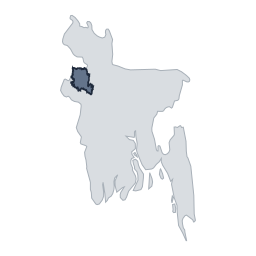 location of Naogaon, Rajshahi, Bangladesh
{"feature_id": "16705992B34203284467157", "entity_name": "Naogaon", "entity_type": "district", "adm_level": 2, "iso_a3": "BGD", "parent_name": "Bangladesh", "parent_adm1": "Rajshahi", "projection": "equal_earth", "projection_center": [88.84, 24.873], "detail": "fine", "context": "in_parent", "style": "filled", "palette": "slate", "viewbox_px": 256, "rotation_deg": 0, "n_neighbors": 0, "source": "geoboundaries", "source_scale": "gbopen_adm2", "svg_char_len": 7973}
<svg xmlns="http://www.w3.org/2000/svg" viewBox="0 0 256 256"><path d="M90.4,189.4L90.4,182.3L86.6,168.3L86.8,166.8L86.0,160.0L85.0,156.3L84.6,152.3L86.8,146.6L85.9,145.7L80.9,143.9L80.3,142.5L81.4,136.9L77.7,131.5L76.3,127.6L80.2,114.8L81.2,105.9L80.9,104.2L78.5,102.2L74.3,101.4L71.4,99.8L69.7,97.3L68.2,96.2L66.4,97.0L64.1,96.0L62.2,93.5L60.6,90.5L61.2,87.2L64.3,79.4L65.4,79.1L68.0,80.6L69.0,80.6L70.7,77.5L73.2,68.8L81.6,69.5L83.6,69.2L85.7,68.5L86.8,67.4L87.5,66.0L87.3,64.8L84.7,63.1L83.7,61.9L83.0,58.4L82.2,57.1L77.1,56.9L74.5,55.3L73.1,53.8L70.5,49.0L67.3,45.5L64.3,44.7L63.1,43.5L62.5,41.7L62.8,39.1L64.4,34.0L72.7,23.1L73.0,21.9L72.6,20.5L70.2,18.8L70.0,17.9L70.7,15.6L72.1,15.4L75.0,17.4L77.9,20.8L79.7,23.8L79.7,26.1L82.0,26.6L83.9,27.7L85.9,27.3L87.2,27.9L88.0,27.7L88.3,26.4L86.7,22.9L87.5,21.5L89.4,21.6L90.8,22.9L91.8,25.5L92.0,29.6L94.2,33.3L97.2,35.9L99.5,37.1L102.3,38.0L104.7,37.2L105.9,34.6L105.4,32.3L105.7,30.2L106.7,29.1L108.2,29.1L109.3,30.8L112.6,39.6L111.9,43.6L112.7,54.4L111.9,61.5L112.4,64.2L113.0,64.7L117.9,66.0L125.1,68.9L130.5,69.9L155.2,69.2L160.6,70.6L177.1,69.5L181.6,71.8L186.5,75.5L189.3,78.2L189.8,79.8L189.5,81.2L188.6,81.9L186.9,81.9L183.0,80.1L182.4,80.7L182.4,84.9L179.3,95.7L178.9,99.0L177.8,100.3L174.5,101.0L172.4,107.3L171.5,108.1L169.4,106.7L168.1,106.9L166.4,107.5L164.7,109.0L163.6,110.8L162.3,111.4L157.6,111.3L156.8,114.2L153.8,118.0L151.8,128.1L151.9,131.2L154.5,139.3L156.4,149.8L157.1,150.9L158.0,151.0L158.0,146.2L158.8,145.6L159.9,146.1L162.1,152.6L163.4,154.2L165.3,154.7L167.5,153.7L169.1,151.8L169.8,149.8L169.1,142.7L170.2,139.8L173.9,135.5L174.4,134.2L174.1,127.1L175.5,126.9L177.4,127.5L179.8,125.8L180.6,125.7L181.6,127.5L183.3,127.2L186.0,141.3L186.3,151.2L187.0,156.7L187.9,157.9L190.8,166.2L193.8,195.4L194.2,214.0L195.4,220.3L194.5,221.7L193.6,222.0L192.7,219.8L186.5,215.1L185.1,215.6L183.0,218.3L182.2,220.8L182.6,224.4L183.3,227.9L184.7,230.0L184.9,232.2L186.6,240.6L186.1,240.6L182.7,233.0L178.6,225.5L177.2,212.1L177.0,205.4L174.2,197.7L171.5,184.1L172.6,179.3L170.7,181.4L167.6,173.3L162.7,165.3L161.3,161.8L161.3,158.4L159.2,161.8L156.4,164.3L153.6,167.9L151.7,169.0L145.7,169.7L142.2,164.8L137.2,152.9L136.5,150.2L137.2,143.2L135.9,136.6L135.6,130.8L134.7,131.3L134.4,132.9L134.6,135.4L134.2,137.4L125.9,136.1L129.4,139.6L133.3,140.4L135.3,143.5L135.4,148.7L131.7,151.8L132.0,154.4L134.2,157.6L131.6,158.5L130.8,160.6L130.8,163.6L132.7,168.2L132.4,170.0L135.5,176.0L136.1,178.9L135.4,182.9L128.6,191.2L126.6,197.0L125.0,199.8L122.9,200.3L120.3,197.5L120.2,194.6L120.8,192.4L124.3,186.9L122.4,187.7L116.8,192.2L115.8,188.5L115.1,185.1L115.0,181.0L117.7,174.8L114.7,177.9L113.9,181.7L114.2,186.3L113.9,189.5L112.7,193.7L111.1,196.2L108.5,197.9L107.3,200.4L105.6,202.2L104.9,193.7L103.1,182.3L102.6,184.7L103.6,191.8L103.6,196.4L102.2,200.1L99.3,204.0L97.1,204.6L95.8,204.0L91.7,198.1L91.3,192.5L90.4,189.4ZM140.9,189.6L135.8,190.9L133.2,190.5L138.0,180.2L137.9,175.6L137.1,171.9L134.6,168.9L134.5,166.7L133.4,163.8L132.8,160.3L135.5,159.2L137.7,161.2L138.5,165.1L139.6,168.0L143.5,174.1L143.4,177.8L142.4,186.8L140.9,189.6ZM151.8,186.2L148.7,188.9L149.7,172.7L152.0,178.7L152.6,182.0L151.8,186.2ZM163.6,178.1L162.3,179.2L161.0,178.2L159.4,174.4L160.1,169.6L160.6,168.9L162.6,173.8L163.6,178.1ZM175.4,212.4L173.6,212.6L172.7,211.4L173.1,209.8L172.6,204.5L174.8,204.0L175.7,208.4L175.4,212.4ZM173.3,197.6L172.0,202.9L171.5,200.5L172.3,195.9L173.3,197.6ZM136.8,155.4L137.3,157.0L134.5,154.9L133.7,153.3L135.0,152.5L136.8,155.4Z" fill="#d9dde1" stroke="#a8b0b8" stroke-width="1"/><path d="M88.6,81.5L88.7,81.2L88.6,80.8L88.9,80.5L89.1,80.0L88.9,79.6L89.0,78.7L88.9,77.9L89.0,77.7L89.0,77.2L88.9,77.1L89.0,76.9L89.2,76.7L89.3,76.5L89.1,76.4L89.2,75.9L89.2,75.7L89.3,75.7L89.3,75.4L89.2,75.2L89.4,75.0L89.2,74.8L89.2,74.6L89.4,74.2L88.9,74.1L88.8,74.3L88.5,74.2L88.4,73.9L88.2,74.0L87.5,73.9L87.6,74.2L87.5,74.6L87.6,74.9L87.4,74.8L87.4,74.6L87.2,74.4L87.3,74.1L87.3,73.8L87.1,73.8L86.9,73.3L87.2,72.3L87.2,71.6L86.6,70.9L86.8,70.6L86.6,70.4L86.7,70.2L86.7,69.9L86.7,69.7L86.3,69.5L86.3,69.1L86.2,69.1L85.7,68.9L85.7,69.1L85.3,69.1L85.2,68.7L85.3,68.5L85.2,68.6L84.9,68.7L85.0,68.3L84.6,68.3L84.5,67.9L84.4,67.8L84.2,67.9L84.2,68.1L83.9,68.6L83.6,68.7L83.5,69.3L83.3,69.3L82.3,69.1L82.3,68.7L82.2,68.7L82.1,69.0L81.9,68.8L81.6,69.2L81.4,68.8L81.2,68.9L81.2,68.3L80.9,68.3L80.9,68.2L80.7,68.2L80.4,68.0L79.6,68.0L79.3,68.4L79.2,68.2L78.5,68.1L78.2,68.2L77.7,68.1L77.6,68.4L77.2,68.7L77.1,68.9L76.8,69.0L76.7,69.2L76.3,69.3L76.0,69.1L76.1,68.9L76.1,68.6L75.8,68.5L75.6,68.5L75.5,68.8L75.4,68.8L75.4,68.5L75.5,68.4L74.4,68.2L74.4,67.9L73.7,67.8L73.5,68.3L73.4,68.5L72.8,68.5L72.7,68.3L72.7,68.2L72.6,67.9L72.5,68.3L72.8,68.5L72.7,68.9L72.8,69.1L72.7,69.3L73.2,69.8L73.2,70.3L73.3,70.7L73.2,70.7L73.2,70.8L72.9,71.1L72.7,71.1L72.7,71.6L72.9,71.9L72.8,72.2L72.9,72.9L73.0,73.0L72.5,73.9L72.6,74.4L72.9,74.4L73.0,74.6L72.8,74.7L72.8,75.0L72.6,75.2L72.7,75.4L72.7,75.5L72.5,75.8L72.3,75.8L72.3,75.6L72.3,75.4L72.2,75.8L72.1,76.1L71.9,76.1L71.9,76.6L72.1,76.7L71.9,76.7L72.0,76.8L72.0,77.1L71.8,77.1L71.7,76.8L71.7,77.1L71.4,77.4L71.5,77.6L72.2,77.4L72.5,77.6L72.6,77.8L72.4,78.2L72.4,78.8L72.7,79.1L73.0,79.3L73.2,79.0L73.0,78.7L73.6,78.5L73.8,78.7L74.1,78.9L74.2,79.7L74.0,79.8L74.0,80.0L74.2,80.7L73.9,81.3L73.7,81.4L73.8,81.8L73.7,82.1L73.2,81.5L73.0,81.4L72.8,81.6L73.0,81.6L73.2,81.9L73.2,82.0L72.7,82.0L72.6,82.3L72.3,82.2L72.2,81.9L71.9,82.1L71.7,82.1L71.7,82.3L71.4,82.4L71.6,82.6L71.2,82.8L71.1,82.6L71.0,83.0L71.3,83.1L71.7,82.6L71.9,82.6L72.0,82.4L71.8,82.4L72.1,82.3L72.1,82.6L71.9,82.6L71.9,82.9L72.3,82.8L72.4,83.1L72.5,83.1L72.6,82.9L72.9,82.8L72.8,83.2L72.7,83.7L72.4,84.1L72.4,84.4L72.0,84.5L72.1,84.8L71.9,84.8L71.9,85.0L72.3,85.0L72.5,84.7L73.0,84.7L73.1,84.9L73.5,85.1L73.6,85.3L73.8,84.9L74.1,85.0L74.2,84.9L74.2,85.3L74.1,85.5L74.3,85.9L74.1,85.8L74.0,86.0L73.7,85.9L73.7,85.4L73.2,85.4L73.1,85.8L73.4,85.9L73.3,86.5L73.5,86.5L73.7,86.3L74.1,86.4L74.2,86.2L74.7,86.4L74.6,87.0L74.8,87.2L74.9,87.4L75.2,87.3L75.8,87.7L76.0,87.5L76.3,87.5L76.6,87.8L76.8,87.7L76.5,88.4L76.7,88.6L77.0,88.2L77.1,87.8L77.8,87.5L78.0,87.9L78.0,88.7L78.2,88.8L78.1,89.2L78.2,89.6L78.0,89.8L78.1,90.3L78.3,90.3L78.2,90.5L78.3,90.6L78.2,90.7L78.3,90.9L78.6,90.8L78.7,90.4L78.9,90.6L79.3,90.3L79.6,90.3L79.7,90.1L79.9,90.3L80.0,90.2L79.9,90.5L80.1,90.6L80.1,90.4L80.4,90.5L80.3,90.1L80.1,90.0L80.3,89.8L80.3,89.5L80.2,89.4L80.2,89.2L80.8,88.9L80.8,89.2L81.0,89.0L81.3,88.6L81.4,88.3L81.7,88.5L81.8,88.8L82.2,88.9L83.1,88.2L83.3,88.5L83.2,88.6L83.5,88.7L83.4,89.3L83.7,89.5L83.9,89.5L84.0,89.3L84.7,89.3L84.8,89.4L84.9,89.7L85.2,89.8L85.2,90.1L85.4,90.2L85.4,89.9L85.5,89.9L85.7,90.1L85.9,89.9L86.3,89.9L86.4,90.4L86.5,90.8L86.6,90.7L86.7,90.9L86.8,91.7L87.0,91.8L87.0,92.1L87.2,91.9L87.5,92.4L87.7,92.2L88.1,92.2L88.7,92.7L89.2,92.9L89.2,93.1L89.0,93.3L89.2,93.5L89.4,93.5L89.5,93.2L89.9,93.7L90.1,93.7L90.4,94.1L90.6,94.0L90.8,94.2L91.2,94.2L91.3,93.7L91.5,93.8L91.5,94.0L91.7,93.8L91.7,93.6L91.8,93.3L91.7,93.2L91.9,93.0L91.9,92.5L91.9,92.3L91.9,92.1L91.6,91.8L91.8,91.5L91.7,91.5L91.8,91.3L91.7,91.3L91.7,90.8L91.8,90.8L91.7,90.1L91.8,90.1L92.1,90.0L92.4,89.8L92.4,89.5L92.5,89.6L92.8,89.4L92.7,89.3L92.8,89.2L92.7,88.8L92.9,88.3L92.9,88.1L92.7,88.0L92.7,87.7L92.8,87.6L92.7,87.5L92.8,87.5L92.8,87.2L93.1,87.1L93.1,86.7L93.3,86.2L93.0,86.2L92.8,86.4L92.7,86.0L92.6,86.3L92.5,86.5L92.6,86.8L92.7,86.7L92.7,87.1L92.6,86.9L92.2,86.7L92.1,86.9L92.3,86.9L92.4,87.1L92.2,87.2L91.8,86.7L91.3,87.0L91.3,86.5L91.7,86.4L91.3,86.1L91.5,85.8L91.7,85.7L91.3,85.4L91.3,85.2L91.4,84.4L91.1,84.2L91.0,84.3L91.0,84.5L90.9,84.4L90.7,84.5L90.6,84.3L90.5,84.6L90.5,84.4L90.3,84.2L90.0,84.6L89.5,84.6L89.5,84.9L89.3,85.0L89.2,85.2L88.8,85.1L88.7,85.6L88.6,86.0L88.3,85.9L88.2,85.9L88.2,86.2L87.8,86.0L87.8,85.9L87.8,85.6L87.9,85.2L88.2,84.9L88.2,84.4L88.0,84.2L88.2,83.7L88.4,83.7L88.1,83.5L88.0,82.9L88.4,82.9L88.5,82.8L88.5,82.7L88.3,82.7L88.1,81.9L88.2,81.7L88.6,81.5Z" fill="#64748b" stroke="#1e293b" stroke-width="1.5"/></svg>